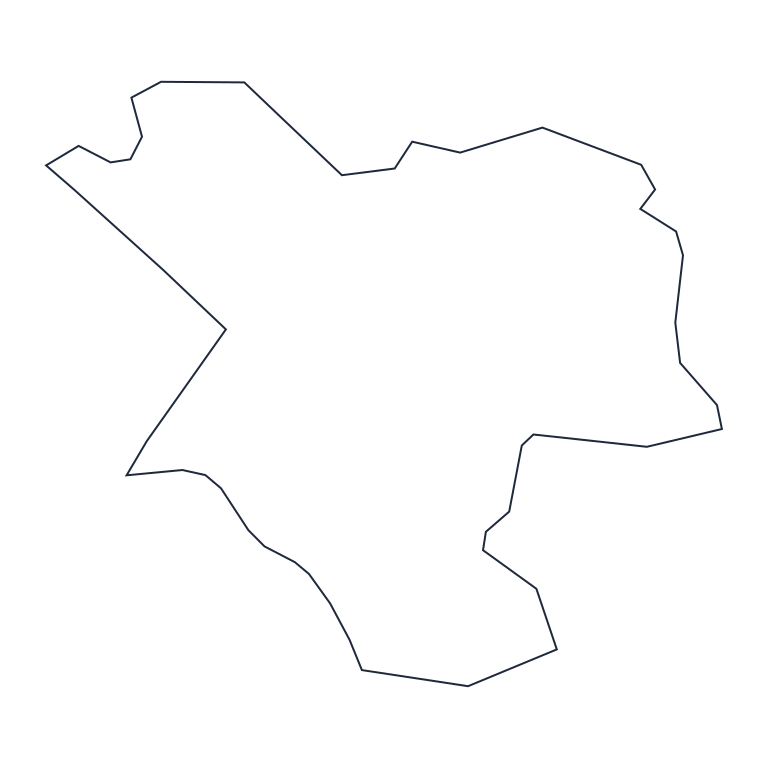 map outline of Neath Port Talbot (Equal Earth projection)
{"feature_id": "GBR-2118", "entity_name": "Neath Port Talbot", "entity_type": "Unitary Authority (wales)", "adm_level": 1, "iso_a3": "GBR", "parent_name": "United Kingdom", "parent_adm1": "", "projection": "equal_earth", "projection_center": [-3.738, 51.663], "detail": "fine", "context": "isolated", "style": "outline", "palette": "slate", "viewbox_px": 768, "rotation_deg": 0, "n_neighbors": 0, "source": "natural_earth", "source_scale": "10m", "svg_char_len": 709}
<svg xmlns="http://www.w3.org/2000/svg" viewBox="0 0 768 768"><path d="M361.9,670.1L349.6,639.9L330.1,603.4L309.0,574.0L294.9,562.2L264.5,546.4L248.4,530.2L221.0,488.3L205.4,475.1L182.2,470.0L126.6,475.3L146.8,441.1L225.9,329.4L162.8,269.6L74.4,189.9L46.1,165.4L78.6,145.9L110.6,162.4L130.4,159.3L142.0,136.7L131.4,97.6L161.0,81.8L244.3,82.4L278.2,114.7L341.9,175.2L394.7,168.5L412.2,141.7L460.1,152.6L542.4,127.6L641.2,164.8L655.1,189.5L640.3,208.9L676.1,231.5L683.0,255.3L675.3,322.6L680.1,362.9L717.0,405.1L721.9,429.0L715.6,430.5L646.8,446.8L533.4,434.5L521.8,445.5L509.2,511.6L485.9,531.8L483.0,550.2L536.4,588.8L556.8,649.4L468.0,686.2L361.9,670.1Z" fill="none" stroke="#1e293b" stroke-width="2"/></svg>